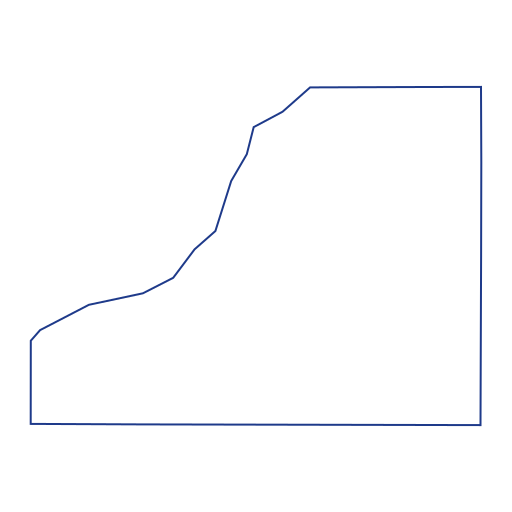 Starke, Indiana, United States of America
{"feature_id": "52423323B53006096789776", "entity_name": "Starke", "entity_type": "district", "adm_level": 2, "iso_a3": "USA", "parent_name": "United States of America", "parent_adm1": "Indiana", "projection": "mercator", "projection_center": [-86.683, 41.302], "detail": "fine", "context": "isolated", "style": "outline", "palette": "blue", "viewbox_px": 512, "rotation_deg": 0, "n_neighbors": 0, "source": "geoboundaries", "source_scale": "gbopen_adm2", "svg_char_len": 371}
<svg xmlns="http://www.w3.org/2000/svg" viewBox="0 0 512 512"><path d="M481.0,86.9L424.5,87.0L310.1,87.4L282.6,111.7L253.7,127.1L246.8,154.2L231.2,181.0L215.4,231.0L194.6,249.3L173.2,277.8L142.9,293.3L88.9,304.8L40.1,330.1L30.8,340.7L30.7,423.9L143.2,424.4L480.5,425.1L480.9,312.5L481.1,256.1L481.3,162.2L481.0,86.9Z" fill="none" stroke="#1e3a8a" stroke-width="2"/></svg>